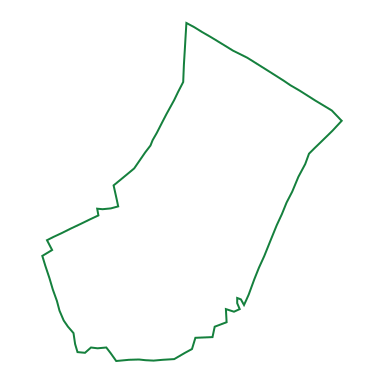 the district of Haditha, Al-Anbar, Iraq
{"feature_id": "34846034B75041723835254", "entity_name": "Haditha", "entity_type": "district", "adm_level": 2, "iso_a3": "IRQ", "parent_name": "Iraq", "parent_adm1": "Al-Anbar", "projection": "robinson", "projection_center": [42.343, 34.245], "detail": "fine", "context": "isolated", "style": "outline", "palette": "green", "viewbox_px": 384, "rotation_deg": 0, "n_neighbors": 0, "source": "geoboundaries", "source_scale": "gbopen_adm2", "svg_char_len": 1251}
<svg xmlns="http://www.w3.org/2000/svg" viewBox="0 0 384 384"><path d="M77.5,352.1L85.0,352.8L91.0,347.5L97.5,348.3L106.3,347.5L110.6,353.1L116.2,361.0L129.0,359.8L139.0,359.5L145.5,360.2L153.6,360.6L162.7,359.8L174.2,359.1L184.5,353.1L192.0,349.0L195.4,337.8L212.5,337.1L214.7,326.7L226.6,322.2L225.9,309.1L234.0,311.7L239.7,309.1L237.2,303.2L237.2,298.0L240.9,299.4L244.0,305.0L246.2,300.2L248.7,294.6L254.3,279.3L258.9,267.8L264.2,256.2L270.8,239.8L276.7,225.3L281.9,214.1L286.6,202.5L292.2,191.7L298.4,176.8L305.2,164.1L309.0,153.7L314.6,148.1L319.9,143.0L324.2,138.8L332.3,130.9L341.7,120.8L340.1,119.2L331.8,110.5L315.2,100.5L299.6,90.6L290.3,85.2L284.0,80.9L268.4,71.0L247.2,57.7L233.1,50.7L220.9,43.2L210.2,36.7L202.0,32.0L194.3,27.2L186.4,23.0L185.5,37.9L184.8,49.9L183.9,64.7L183.2,82.0L178.0,92.1L174.1,100.2L166.4,114.2L161.9,122.9L156.8,132.9L152.6,140.2L150.5,145.5L145.2,152.4L134.2,168.4L127.0,174.4L113.6,185.4L116.6,198.9L118.2,206.4L110.8,208.4L102.6,209.2L97.2,208.7L98.4,215.4L89.5,219.6L80.9,223.8L70.3,228.8L61.9,233.0L53.5,236.9L47.0,240.2L52.1,250.0L42.3,255.9L45.3,265.7L49.5,278.3L52.8,289.5L56.9,300.9L59.5,310.7L63.7,320.5L67.9,326.6L73.5,333.1L75.1,344.0L77.5,352.1Z" fill="none" stroke="#15803d" stroke-width="2"/></svg>